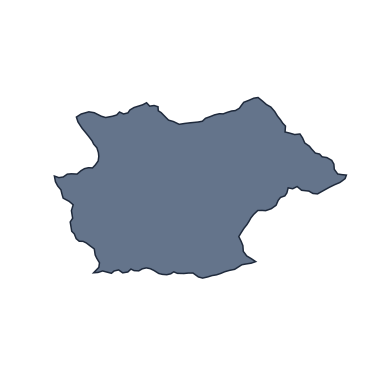 the district of Ubirajara, São Paulo, Brazil, rotated 293°
{"feature_id": "56859067B67635405812564", "entity_name": "Ubirajara", "entity_type": "district", "adm_level": 2, "iso_a3": "BRA", "parent_name": "Brazil", "parent_adm1": "São Paulo", "projection": "orthographic", "projection_center": [-49.665, -22.551], "detail": "fine", "context": "isolated", "style": "filled", "palette": "slate", "viewbox_px": 384, "rotation_deg": 293, "n_neighbors": 0, "source": "geoboundaries", "source_scale": "gbopen_adm2", "svg_char_len": 2366}
<svg xmlns="http://www.w3.org/2000/svg" viewBox="0 0 384 384"><g transform="rotate(293 192 192)"><path d="M79.2,133.0L81.2,136.9L84.4,140.6L85.2,146.2L85.7,149.6L88.9,151.2L91.6,154.9L90.5,159.8L93.3,164.2L97.2,165.9L97.0,169.4L98.6,173.8L101.9,176.3L104.3,179.6L105.1,183.5L104.9,187.6L104.0,193.2L104.6,196.9L106.0,201.1L108.4,204.4L111.4,206.4L111.4,210.3L113.8,216.4L115.9,220.2L117.8,224.6L116.3,231.1L116.9,235.4L120.0,239.7L122.9,243.1L125.3,246.9L128.1,250.1L131.3,253.2L134.4,257.0L137.5,261.5L140.4,263.5L144.5,266.3L146.7,269.6L149.6,274.3L152.8,277.8L153.8,272.7L154.5,267.4L157.4,262.4L162.5,259.8L165.7,256.6L169.2,252.5L173.5,253.1L178.8,254.0L183.5,255.3L187.1,255.9L191.1,256.3L195.4,257.5L200.7,259.8L202.5,263.9L203.6,267.1L207.6,271.5L212.7,274.6L218.0,274.6L221.6,275.6L224.7,279.0L228.2,279.7L233.4,278.9L234.3,283.4L238.1,286.6L236.4,292.2L238.5,299.2L237.9,303.9L239.3,308.3L243.2,311.3L246.8,314.1L250.1,316.7L254.4,320.4L258.4,324.3L261.1,326.0L264.2,327.7L267.9,327.5L266.5,323.0L265.5,319.1L268.5,314.1L273.1,311.7L275.7,308.3L276.4,302.7L275.2,298.0L276.8,294.6L276.0,290.3L278.3,285.3L280.0,282.2L281.2,276.6L285.0,272.6L287.6,268.7L285.0,264.1L284.4,259.1L283.6,254.2L289.2,252.3L290.8,248.6L293.1,245.1L295.3,241.0L298.4,236.7L301.0,231.4L301.6,226.3L303.2,221.5L304.8,215.9L302.5,212.2L298.6,208.5L294.8,204.6L290.9,203.6L287.6,202.9L283.9,200.1L282.1,196.9L279.0,193.2L276.1,190.2L274.8,186.7L271.8,182.6L268.7,179.5L265.1,175.6L261.2,173.9L258.7,170.1L255.4,164.0L252.2,158.4L249.3,153.8L249.6,147.4L249.0,142.3L250.3,139.1L253.0,132.6L253.6,129.2L257.2,127.4L256.8,123.3L254.5,119.5L256.4,115.3L253.0,112.5L247.1,105.6L243.3,102.8L239.8,102.1L237.1,98.5L237.3,94.0L233.5,92.6L230.6,89.1L226.8,83.4L226.3,78.8L226.8,71.0L225.5,65.7L220.5,59.5L215.8,56.3L211.9,59.7L209.6,63.1L207.6,66.1L205.6,70.0L203.1,74.7L200.0,80.1L197.7,82.7L195.5,87.2L191.6,90.5L188.3,92.3L183.9,93.5L179.0,92.4L175.3,91.0L173.9,87.2L171.5,83.9L168.4,81.6L163.6,79.2L161.6,73.8L159.7,70.2L155.5,67.6L153.2,63.8L152.9,59.1L148.1,62.3L145.1,66.0L142.8,70.5L139.3,73.1L136.0,75.8L135.4,82.5L133.8,87.6L127.7,88.3L121.2,92.4L116.8,91.6L112.7,94.2L108.9,96.6L107.5,100.0L103.8,103.6L102.6,107.4L104.0,111.0L103.8,114.7L102.6,119.3L101.4,124.3L96.2,127.5L93.8,130.2L90.7,134.5L86.2,135.7L79.2,133.0Z" fill="#64748b" stroke="#1e293b" stroke-width="1.5"/></g></svg>